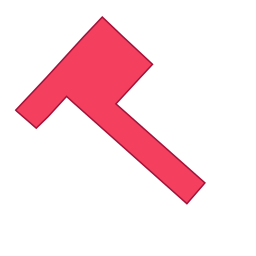 Ford, Illinois, United States of America (orthographic projection), rotated 133°
{"feature_id": "52423323B6455374586725", "entity_name": "Ford", "entity_type": "district", "adm_level": 2, "iso_a3": "USA", "parent_name": "United States of America", "parent_adm1": "Illinois", "projection": "orthographic", "projection_center": [-88.209, 40.698], "detail": "fine", "context": "isolated", "style": "filled", "palette": "rose", "viewbox_px": 256, "rotation_deg": 133, "n_neighbors": 0, "source": "geoboundaries", "source_scale": "gbopen_adm2", "svg_char_len": 355}
<svg xmlns="http://www.w3.org/2000/svg" viewBox="0 0 256 256"><g transform="rotate(133 128 128)"><path d="M64.7,153.5L64.7,194.9L64.4,222.5L91.6,222.7L146.9,222.1L191.5,222.3L191.6,220.8L190.7,195.0L174.1,194.2L146.8,194.5L146.7,185.3L143.2,33.3L115.7,34.3L118.6,153.3L82.1,153.5L64.7,153.5Z" fill="#f43f5e" stroke="#9f1239" stroke-width="1.5"/></g></svg>